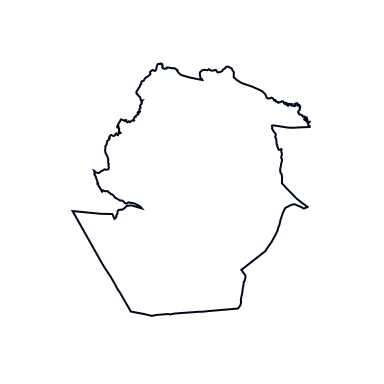 Pokot South, Rift Valley, Kenya, rotated 35°
{"feature_id": "3690345B29187481268385", "entity_name": "Pokot South", "entity_type": "district", "adm_level": 2, "iso_a3": "KEN", "parent_name": "Kenya", "parent_adm1": "Rift Valley", "projection": "orthographic", "projection_center": [35.249, 1.339], "detail": "fine", "context": "isolated", "style": "outline", "palette": "ink", "viewbox_px": 384, "rotation_deg": 35, "n_neighbors": 0, "source": "geoboundaries", "source_scale": "gbopen_adm2", "svg_char_len": 5890}
<svg xmlns="http://www.w3.org/2000/svg" viewBox="0 0 384 384"><g transform="rotate(35 192 192)"><path d="M105.1,276.1L157.0,301.0L163.8,304.1L173.1,307.7L181.4,311.5L188.0,314.9L189.5,315.2L210.5,325.0L223.0,319.3L230.0,316.6L233.8,312.8L242.7,305.4L244.1,305.0L247.5,301.5L266.9,285.7L269.6,283.8L272.6,281.1L296.5,261.1L296.6,257.3L296.4,256.6L295.6,254.4L294.0,252.5L292.9,250.3L291.1,246.0L289.4,242.8L287.3,238.3L285.9,235.7L286.1,235.3L285.9,233.9L285.5,233.3L284.6,230.9L283.6,229.8L277.1,227.5L286.0,198.3L285.8,194.8L285.9,187.9L284.8,177.9L284.0,174.0L283.1,171.6L282.5,168.9L280.4,163.8L278.6,157.8L277.6,152.5L277.7,151.2L280.4,146.2L281.6,144.5L282.7,143.5L284.3,142.8L286.1,142.7L287.6,142.2L288.3,142.2L289.6,141.6L292.1,141.6L292.9,141.4L293.8,140.5L294.3,139.1L294.6,138.7L295.2,138.5L295.3,137.9L287.4,137.8L281.7,137.4L267.8,134.8L260.7,133.3L257.2,128.1L255.2,126.0L253.5,125.4L253.0,125.0L251.2,123.0L250.9,122.0L250.3,120.9L249.9,119.7L248.8,117.7L248.3,115.9L247.3,114.0L246.8,113.5L245.7,113.1L245.2,112.5L244.2,109.9L243.2,108.5L242.6,108.3L241.3,106.9L241.0,105.7L240.4,105.7L240.2,106.2L239.1,107.6L237.7,107.2L237.0,106.4L235.5,105.7L235.2,104.9L234.7,104.5L234.0,104.4L230.7,100.4L229.5,99.6L228.8,99.4L228.3,98.7L228.3,98.0L227.4,96.7L227.0,96.3L223.8,95.5L223.4,95.0L221.2,94.2L220.8,93.2L219.5,92.0L219.7,91.5L220.7,90.6L233.7,84.2L238.3,81.2L243.5,77.0L251.1,71.3L250.5,70.4L249.3,70.7L247.6,69.3L248.3,67.4L248.1,67.0L247.0,68.0L245.9,68.5L245.3,68.4L245.4,67.0L245.1,66.7L244.6,66.8L244.6,67.4L244.4,68.0L242.7,68.4L242.2,68.2L242.0,67.7L242.1,67.1L243.4,66.2L243.8,65.6L243.3,65.2L242.6,65.3L242.0,65.7L241.4,65.8L240.6,65.7L240.0,66.1L239.7,66.7L239.1,66.6L238.5,66.0L236.8,66.2L236.3,66.4L235.8,66.8L234.5,66.6L234.2,66.0L233.1,65.7L232.8,64.4L233.1,62.9L232.9,62.4L232.3,61.8L232.4,61.2L231.9,60.3L231.4,60.6L231.0,60.3L230.7,59.4L229.8,59.2L228.8,60.7L228.2,60.3L228.0,59.8L228.3,59.2L227.8,59.0L227.0,59.0L225.6,60.9L226.9,62.0L227.0,62.7L226.4,63.1L225.8,62.7L224.3,64.1L223.6,64.0L223.8,63.2L223.5,62.7L222.9,62.9L222.0,63.7L220.8,64.1L220.5,64.5L221.5,65.2L221.3,66.2L220.9,66.4L219.3,66.2L219.0,65.9L219.1,65.4L219.6,64.9L219.0,64.9L217.8,65.0L217.3,65.4L217.6,66.0L217.6,66.6L216.1,66.4L215.8,65.9L214.3,65.7L213.6,66.0L213.7,66.5L213.4,67.0L212.7,67.7L211.7,69.3L211.1,69.4L210.7,68.9L208.8,69.8L207.7,68.9L207.1,69.8L206.4,69.8L205.5,69.1L204.8,68.9L204.1,69.1L203.2,69.0L202.7,69.4L202.0,70.8L200.1,72.0L199.5,72.0L198.5,71.5L196.5,70.2L195.3,69.7L192.1,69.2L188.8,69.6L180.7,71.2L170.1,74.3L164.0,74.6L162.2,74.2L160.7,74.2L160.0,73.7L159.6,72.8L158.5,71.4L157.5,69.8L155.6,69.2L153.6,68.0L149.6,68.6L149.0,68.9L148.3,69.8L148.1,70.4L148.1,72.1L147.1,73.9L147.4,75.4L146.6,77.2L145.5,78.2L145.2,78.8L144.2,79.3L143.6,79.2L141.4,78.3L139.6,80.5L138.0,81.6L135.3,81.8L135.1,82.9L134.8,83.4L132.7,84.4L131.5,85.2L130.8,86.1L130.5,86.7L130.0,88.6L130.0,89.5L130.2,90.3L131.3,91.3L131.7,92.0L133.7,93.8L135.7,93.9L136.3,94.3L125.3,99.2L118.5,101.6L115.1,102.5L111.9,101.8L110.2,101.1L110.2,100.6L109.0,100.7L107.7,100.4L106.6,101.1L105.9,101.0L104.7,102.1L103.1,102.7L100.2,104.2L100.3,105.6L99.5,105.9L98.8,106.9L98.1,106.9L97.5,107.3L96.2,107.1L95.6,105.4L95.0,104.9L94.4,105.1L94.1,104.3L93.4,104.3L92.9,104.8L92.3,105.0L92.2,105.6L90.6,106.9L91.0,108.9L92.4,112.4L92.5,113.2L92.2,114.1L91.7,114.4L90.7,114.3L90.0,114.5L89.3,115.7L88.9,116.9L88.9,117.8L89.4,118.6L90.1,118.9L90.3,120.0L89.8,121.4L89.3,123.3L88.5,125.0L88.3,126.6L88.6,128.2L88.5,128.7L87.5,130.0L87.4,130.5L87.5,131.1L88.4,132.5L88.2,134.0L88.8,135.8L88.7,137.2L89.0,141.6L89.1,142.1L90.2,143.3L90.6,143.5L91.0,143.2L92.0,143.4L93.2,144.0L94.3,143.9L94.6,144.1L95.3,144.2L97.5,146.2L98.1,146.2L99.0,145.4L98.9,147.1L99.1,147.6L99.8,147.8L100.2,148.4L99.9,150.9L100.6,152.0L101.3,152.2L101.6,152.6L101.5,154.0L101.7,154.8L102.6,156.1L103.2,156.0L103.2,156.5L102.1,157.2L101.8,157.7L102.0,158.4L103.4,158.6L103.4,159.3L102.3,161.7L102.4,162.3L102.7,162.7L101.9,163.5L102.0,164.1L102.3,164.4L102.6,166.2L103.5,166.5L103.4,167.1L102.3,167.0L102.0,167.4L101.1,170.3L100.6,170.1L99.6,170.4L99.4,171.6L99.2,172.0L97.6,171.8L97.0,170.9L96.4,171.0L96.0,171.6L96.6,172.0L96.2,172.4L93.1,172.9L92.4,173.1L92.1,173.5L92.5,175.4L92.5,177.5L92.7,179.0L93.0,179.4L93.0,180.6L93.3,181.7L93.9,182.0L94.5,181.6L94.6,180.9L95.6,181.8L96.2,182.0L96.3,182.7L97.2,183.7L97.3,184.3L97.7,184.6L98.8,184.8L99.1,184.4L99.6,184.6L98.7,186.0L98.1,186.2L97.9,186.9L98.7,187.9L98.1,188.1L97.1,187.4L96.3,187.4L96.1,188.0L96.3,189.2L96.0,190.9L94.8,191.4L93.3,191.5L92.9,191.9L92.7,192.6L92.8,194.7L93.8,195.0L93.8,195.6L93.4,196.1L94.0,197.0L93.3,198.6L93.7,200.0L94.8,201.9L94.8,204.2L96.2,206.2L96.7,207.5L98.7,209.6L101.8,211.1L104.0,212.7L105.4,214.3L106.2,215.9L106.7,216.3L107.8,216.7L108.1,217.2L108.2,218.0L108.5,218.5L109.5,219.2L110.2,220.4L110.4,221.1L110.2,221.7L109.3,222.7L108.8,223.1L107.3,223.6L107.1,224.5L106.7,225.0L106.4,226.1L105.5,227.5L105.0,229.4L104.8,229.9L104.3,230.3L101.9,231.1L101.7,231.8L100.3,230.7L99.6,230.8L100.9,231.6L101.9,233.5L102.5,233.9L103.3,233.9L103.7,234.4L104.8,234.9L106.0,236.0L108.2,237.4L108.8,238.0L109.6,239.3L110.0,238.8L111.8,240.5L112.9,241.0L113.6,241.1L115.5,242.1L116.0,242.0L116.6,242.2L117.7,243.3L118.2,243.3L118.1,242.1L118.4,241.6L120.3,241.3L121.0,240.9L121.8,239.9L122.5,239.7L124.2,240.1L125.2,239.8L125.6,240.1L126.9,240.3L127.9,239.8L128.8,239.8L129.7,239.9L132.1,240.7L137.9,240.2L139.3,239.2L141.5,239.0L142.7,239.5L143.8,239.5L144.8,239.2L145.2,238.7L145.9,236.9L147.9,236.1L149.3,235.2L151.9,234.3L156.8,233.6L158.4,233.7L160.4,234.2L151.0,237.4L149.8,237.9L146.8,240.5L146.0,243.2L146.0,244.3L145.3,245.4L145.0,246.4L144.5,247.0L143.4,247.5L142.7,248.5L142.1,249.0L142.1,250.4L143.3,252.3L143.4,254.4L144.2,255.6L144.3,256.9L143.9,258.5L139.4,255.7L129.6,262.3L105.1,276.1Z" fill="none" stroke="#020617" stroke-width="2"/></g></svg>